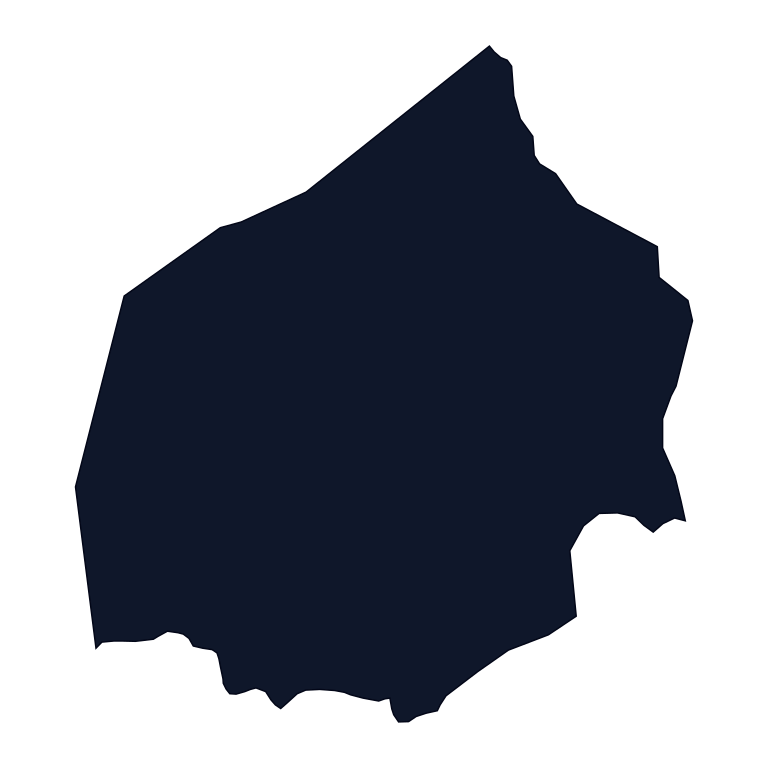 outline of Boali, Ombella-M'Poko, Central African Republic
{"feature_id": "33826404B11454155454969", "entity_name": "Boali", "entity_type": "district", "adm_level": 2, "iso_a3": "CAF", "parent_name": "Central African Republic", "parent_adm1": "Ombella-M'Poko", "projection": "natural_earth1", "projection_center": [18.06, 4.808], "detail": "fine", "context": "isolated", "style": "filled", "palette": "ink", "viewbox_px": 768, "rotation_deg": 0, "n_neighbors": 0, "source": "geoboundaries", "source_scale": "gbopen_adm2", "svg_char_len": 1228}
<svg xmlns="http://www.w3.org/2000/svg" viewBox="0 0 768 768"><path d="M555.6,173.7L539.6,163.9L534.2,155.4L532.8,136.4L520.3,119.1L513.8,96.0L511.6,66.3L507.2,60.2L500.7,57.6L494.1,51.9L489.4,46.1L306.1,192.1L241.2,222.0L220.3,227.7L124.2,296.0L75.5,486.9L96.0,648.2L101.9,642.1L113.8,641.0L122.8,641.0L135.3,641.3L141.5,640.6L153.4,639.2L158.1,636.3L167.4,631.2L178.0,632.7L183.3,634.1L189.0,638.4L193.3,646.0L202.7,648.2L212.1,649.6L217.0,652.9L218.9,658.7L220.5,667.0L223.0,678.9L223.3,683.3L226.1,689.0L229.8,693.7L236.1,694.1L244.8,691.6L250.4,689.4L256.0,687.9L265.7,691.6L271.0,699.9L275.4,704.9L280.7,708.5L287.2,702.8L297.2,693.7L305.7,690.1L319.7,689.4L334.7,690.5L344.4,692.3L350.6,694.8L363.1,698.1L378.7,701.0L384.9,698.8L389.9,698.1L391.8,708.9L393.7,714.7L398.6,721.9L408.6,721.6L416.1,716.5L426.1,713.2L437.3,710.7L440.1,704.9L446.0,695.8L477.7,671.6L508.4,650.1L548.4,634.8L576.2,616.2L569.8,550.7L583.5,525.9L599.1,513.4L617.6,512.9L635.1,516.8L643.9,525.3L653.2,532.1L662.9,523.6L674.6,518.0L685.3,520.8L681.0,501.1L674.8,475.8L662.6,448.0L662.6,418.7L671.0,395.9L676.0,386.2L692.5,320.8L687.9,300.5L659.1,277.4L657.3,246.7L576.8,204.0L555.6,173.7Z" fill="#0f172a" stroke="#020617" stroke-width="1.5"/></svg>